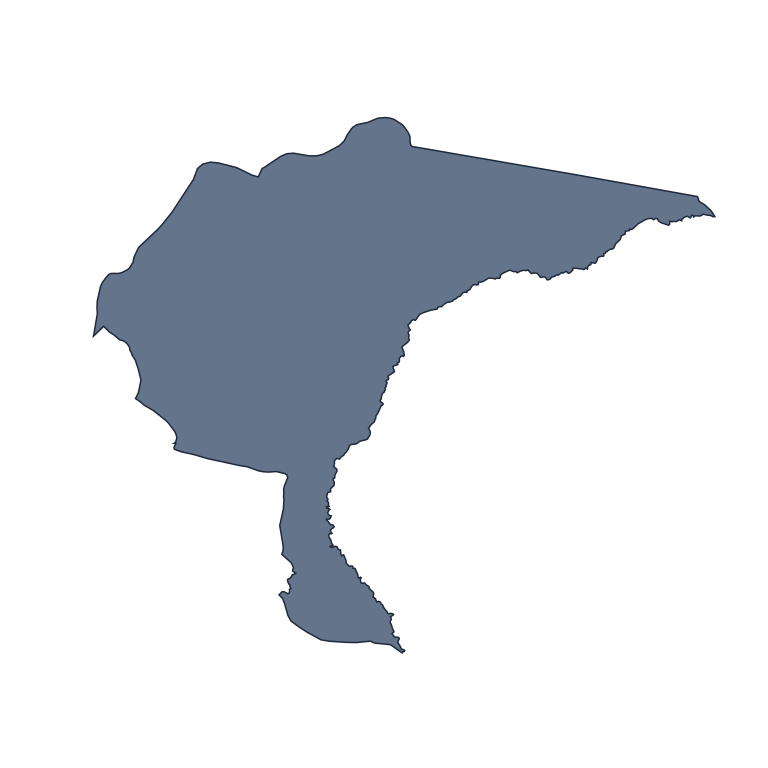 the district of Thpong, Kâmpóng Spœ, Cambodia, rotated 100°
{"feature_id": "14789045B91455576318571", "entity_name": "Thpong", "entity_type": "district", "adm_level": 2, "iso_a3": "KHM", "parent_name": "Cambodia", "parent_adm1": "Kâmpóng Spœ", "projection": "robinson", "projection_center": [104.429, 11.759], "detail": "fine", "context": "isolated", "style": "filled", "palette": "slate", "viewbox_px": 768, "rotation_deg": 100, "n_neighbors": 0, "source": "geoboundaries", "source_scale": "gbopen_adm2", "svg_char_len": 6164}
<svg xmlns="http://www.w3.org/2000/svg" viewBox="0 0 768 768"><g transform="rotate(100 384 384)"><path d="M403.6,381.4L401.5,385.1L399.4,384.2L395.3,384.3L393.6,383.8L392.0,382.4L389.2,381.7L387.4,382.2L386.2,381.4L384.7,382.0L383.6,381.2L382.3,381.2L381.4,382.2L380.2,382.4L379.0,380.6L377.6,380.4L375.8,381.4L375.1,381.1L370.4,376.1L369.5,375.9L366.3,378.1L364.8,378.0L362.5,373.7L361.2,374.7L359.8,372.9L358.4,372.8L356.7,373.4L355.2,373.0L353.1,371.4L353.4,369.6L352.4,369.0L348.2,370.3L347.7,371.3L346.8,371.3L344.6,372.7L342.9,371.7L339.5,368.5L336.3,366.6L334.1,367.9L332.0,367.7L329.0,369.2L327.8,368.9L326.2,367.4L324.7,369.0L321.7,370.7L318.6,368.3L316.8,368.0L315.6,366.3L315.8,364.1L309.3,361.0L306.7,357.3L303.2,350.7L301.0,344.7L299.1,344.2L298.1,342.5L297.8,340.5L295.4,339.0L292.7,336.1L292.0,333.8L290.4,330.8L288.9,330.1L287.4,327.8L285.6,326.6L284.2,324.1L280.9,322.5L279.7,321.2L279.5,318.7L279.0,318.1L278.0,318.6L276.1,315.8L272.7,314.7L270.3,312.5L270.4,309.9L269.7,308.3L267.3,308.6L266.7,307.3L266.9,306.3L265.7,304.1L261.6,299.3L261.0,296.3L261.3,292.7L260.5,291.9L259.8,288.7L258.7,288.0L257.8,288.5L256.1,287.8L254.7,286.7L250.7,281.1L250.1,279.2L250.9,275.7L250.3,273.4L251.4,272.1L249.3,269.5L247.6,266.0L247.8,264.2L246.7,262.0L249.6,258.3L248.3,253.8L248.8,251.7L251.8,248.5L250.6,244.8L250.9,243.6L253.1,241.4L252.9,240.3L251.6,238.4L249.6,237.5L248.3,234.5L246.5,233.3L246.6,231.5L246.1,230.8L243.5,228.4L243.7,227.0L241.8,224.7L241.6,223.8L242.9,221.8L242.7,221.0L242.1,220.0L238.9,217.8L237.4,218.3L237.1,217.6L236.6,215.1L236.6,210.9L236.2,209.1L236.7,207.6L236.2,206.5L234.7,205.7L235.5,203.7L233.1,203.6L231.7,203.0L230.6,201.1L229.8,201.0L229.1,201.6L228.3,200.9L228.5,197.2L228.0,196.6L225.1,195.6L222.8,195.5L221.4,194.4L220.3,191.6L220.3,190.5L219.6,189.8L217.6,190.2L216.8,188.8L215.0,188.3L214.9,187.2L214.2,187.0L211.8,184.4L211.8,183.2L210.6,181.5L205.4,180.0L200.6,176.4L196.7,175.9L194.4,172.5L191.7,172.9L190.2,168.9L188.9,169.2L188.7,166.9L188.2,166.1L182.0,161.5L176.8,155.1L175.5,153.1L174.4,149.5L175.4,147.0L173.6,145.1L174.0,143.3L175.8,142.0L177.1,139.0L178.2,131.5L177.6,130.6L176.8,130.4L174.2,131.0L173.9,130.0L174.3,128.7L173.7,127.7L173.3,124.3L171.0,121.7L171.6,119.2L169.6,119.3L169.1,118.0L168.2,117.8L167.2,116.6L166.1,114.3L167.3,111.3L166.3,110.7L164.6,110.5L164.1,109.7L164.4,108.9L165.9,108.2L164.3,106.6L163.8,102.4L163.1,100.9L161.3,98.9L161.6,94.6L161.3,91.5L162.1,89.4L161.7,87.2L156.3,92.3L151.9,99.3L149.4,105.4L145.0,107.8L144.6,230.0L145.2,397.7L144.4,398.8L142.0,400.1L135.5,401.5L131.5,404.4L126.9,409.1L125.4,411.1L121.6,420.2L121.1,424.3L121.3,428.6L123.2,436.1L129.1,445.3L133.3,455.7L136.4,459.1L138.2,460.3L144.8,463.4L151.5,465.4L157.1,469.4L168.3,483.8L171.0,490.0L172.3,497.1L172.4,513.2L174.1,519.7L177.8,525.4L191.6,539.6L192.8,541.4L201.9,543.8L201.2,550.2L196.5,566.7L195.0,585.8L195.7,593.5L199.0,600.8L204.2,605.1L215.7,607.2L251.4,622.5L265.0,629.9L270.9,633.6L292.1,649.4L302.3,652.2L307.7,652.3L313.9,654.8L316.0,656.5L319.8,661.5L321.2,664.6L322.5,671.9L323.8,674.0L327.1,676.1L333.3,679.1L337.2,680.1L351.9,680.8L359.3,679.8L364.5,678.5L387.3,678.4L375.9,670.0L380.6,663.4L382.5,658.6L386.3,652.2L386.8,648.0L388.0,645.3L389.3,643.6L392.0,641.0L394.6,640.3L396.8,638.4L399.3,637.0L403.8,633.0L412.2,628.5L422.4,624.0L435.2,624.4L441.5,626.2L443.7,621.3L446.7,616.2L450.2,606.5L457.6,592.8L459.8,589.6L467.4,581.6L470.5,579.6L473.1,578.7L475.9,578.9L477.8,579.3L478.9,580.5L478.6,578.6L482.9,579.8L484.7,579.1L486.0,571.3L486.5,559.3L488.1,545.3L489.4,511.4L489.3,504.2L491.3,492.5L491.4,487.9L490.8,482.4L488.9,474.8L489.5,465.7L490.7,463.6L493.1,462.6L501.7,464.4L505.2,464.6L508.3,463.8L512.5,463.4L515.3,462.4L524.7,461.4L541.5,462.1L560.1,455.5L563.8,454.6L566.7,454.6L569.4,455.1L576.2,444.3L580.3,441.4L584.1,441.6L585.6,438.1L587.5,440.2L587.6,441.1L591.2,442.3L592.8,444.7L593.7,445.0L594.7,444.8L597.4,443.1L597.9,441.9L599.2,441.7L601.5,440.3L602.5,441.5L604.9,440.9L606.3,441.2L607.2,442.2L605.9,446.6L606.2,448.3L609.9,450.8L612.7,446.8L617.1,444.0L628.7,438.4L633.6,434.4L637.9,425.8L642.0,416.1L646.9,401.6L646.8,392.9L644.9,375.6L643.4,366.1L639.6,352.8L640.6,349.3L640.7,347.1L639.6,332.4L645.7,319.4L644.2,318.7L643.9,317.5L642.9,317.3L642.4,317.9L641.9,320.9L639.2,322.7L636.6,325.1L635.7,325.7L632.3,324.7L631.4,325.1L631.0,326.0L631.3,329.7L628.4,332.8L626.3,331.1L623.2,333.3L619.6,335.0L617.9,336.4L616.7,336.8L614.7,335.9L613.3,336.4L612.4,337.3L609.6,334.5L608.8,335.3L608.7,337.5L609.4,340.1L609.0,340.8L607.3,341.8L606.7,342.9L603.7,345.9L602.0,346.8L601.0,348.6L599.5,349.6L599.0,351.5L600.0,353.4L597.0,355.1L596.0,356.6L595.9,357.6L594.5,357.9L592.3,357.6L590.9,358.4L588.0,363.0L586.1,363.6L585.0,366.3L583.3,368.6L584.1,371.4L583.4,372.4L580.1,373.5L578.9,372.7L578.3,373.5L579.5,375.2L578.8,376.0L576.3,376.7L570.6,380.5L570.8,382.6L569.2,383.0L568.7,384.0L569.5,386.6L567.0,390.1L564.3,390.8L559.2,394.1L560.5,396.0L559.6,396.7L554.9,398.1L555.0,399.2L554.5,400.5L552.4,402.0L552.3,404.2L553.9,406.2L553.6,408.8L552.8,408.5L552.5,406.9L551.5,406.2L549.8,408.1L546.7,409.3L544.3,411.7L541.9,412.1L540.8,411.6L540.8,410.1L540.0,409.3L539.2,410.4L537.6,411.4L535.5,410.3L535.1,409.5L533.3,408.2L531.7,409.8L531.6,412.2L530.8,413.6L529.3,414.8L527.7,417.3L527.0,417.1L526.7,414.8L526.1,413.8L523.1,413.0L523.1,414.8L521.3,416.8L520.3,417.1L519.4,416.6L518.0,416.5L516.8,415.5L516.2,416.9L516.2,418.8L514.8,419.3L514.4,418.5L514.7,417.7L514.2,416.8L512.1,417.9L510.8,417.9L509.8,418.5L509.2,419.7L507.0,419.1L506.2,420.3L504.8,420.9L501.3,420.7L500.5,420.2L499.3,417.8L496.7,418.6L492.5,415.6L489.9,415.7L487.3,417.3L486.1,417.5L485.0,416.2L482.3,416.6L478.6,415.3L477.1,415.3L476.0,415.8L474.0,419.2L470.6,419.0L468.0,419.5L465.4,417.4L465.7,414.8L462.9,413.4L461.4,411.4L459.5,410.8L457.4,409.2L454.3,407.9L450.5,407.2L449.5,406.2L447.8,401.0L446.7,399.6L444.6,398.0L442.1,392.2L440.9,390.5L439.5,390.3L437.3,389.1L434.3,389.0L432.5,389.7L430.1,391.6L427.9,390.3L427.2,390.3L422.7,386.8L421.0,386.9L419.9,386.2L416.4,386.3L414.4,385.1L406.3,383.1L404.6,381.5L403.6,381.4Z" fill="#64748b" stroke="#1e293b" stroke-width="1.5"/></g></svg>